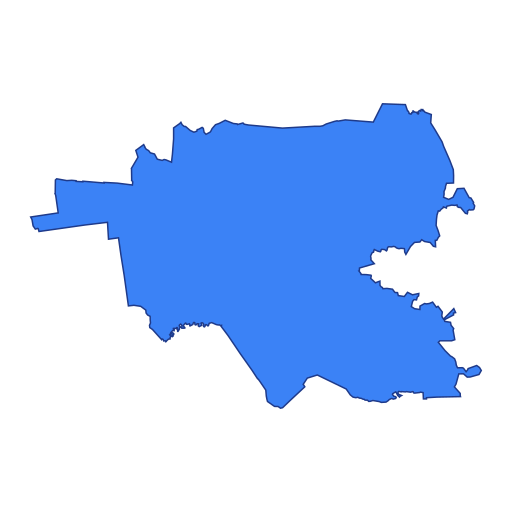 outline of Bikstu pag., Dobele, Latvia
{"feature_id": "27541924B53901275310050", "entity_name": "Bikstu pag.", "entity_type": "district", "adm_level": 2, "iso_a3": "LVA", "parent_name": "Latvia", "parent_adm1": "Dobele", "projection": "albers", "projection_center": [22.941, 56.67], "detail": "fine", "context": "isolated", "style": "filled", "palette": "blue", "viewbox_px": 512, "rotation_deg": 0, "n_neighbors": 0, "source": "geoboundaries", "source_scale": "gbopen_adm2", "svg_char_len": 6088}
<svg xmlns="http://www.w3.org/2000/svg" viewBox="0 0 512 512"><path d="M104.1,183.0L82.9,181.2L82.9,181.8L76.1,181.4L76.1,180.7L71.8,180.3L66.8,180.6L56.7,178.8L55.4,180.0L55.2,193.4L55.0,193.5L55.7,195.4L58.2,212.9L30.7,217.0L32.0,219.6L33.1,225.9L35.3,229.1L37.8,228.4L38.2,228.6L39.0,231.5L84.9,225.0L107.5,222.3L108.5,239.2L118.5,237.8L120.9,254.8L124.2,275.5L128.4,305.9L133.9,305.3L140.7,306.3L145.8,310.1L146.1,313.0L147.6,315.0L150.1,316.3L150.2,317.3L150.2,319.8L150.5,323.0L149.5,325.3L149.8,327.6L152.5,329.5L161.6,339.6L161.8,339.0L162.4,339.0L163.2,339.5L163.8,341.0L165.1,340.7L165.7,341.1L165.7,341.7L166.1,341.6L166.8,340.6L168.4,339.2L170.1,338.9L170.0,338.0L170.6,336.5L171.5,336.1L172.2,336.7L173.0,336.2L173.1,335.3L172.0,334.8L173.4,334.9L173.7,334.6L173.7,333.5L172.3,332.6L170.9,334.2L170.6,335.2L170.0,335.2L169.7,334.8L170.1,334.5L170.9,332.5L172.4,330.8L173.1,330.5L174.1,330.7L174.2,329.6L173.4,329.1L173.3,328.8L173.4,328.4L175.6,328.3L176.3,328.8L176.8,328.0L176.8,327.6L177.2,327.6L177.6,329.4L177.7,330.3L177.5,330.9L177.7,331.4L178.0,331.4L179.4,329.2L179.4,328.0L180.5,327.2L180.2,326.6L179.3,326.1L179.2,325.6L179.4,325.1L180.5,324.1L181.3,324.5L181.9,325.7L181.9,326.5L181.5,327.5L181.8,328.2L184.2,328.2L184.9,327.9L184.7,327.4L183.8,326.5L183.4,325.3L185.4,323.1L185.9,323.2L186.4,324.3L187.8,324.3L189.4,323.7L189.8,324.5L189.8,325.8L190.2,325.9L192.8,324.5L193.0,324.1L193.2,323.1L194.0,322.4L194.8,322.8L194.9,324.3L195.3,324.9L196.0,324.9L197.2,323.7L198.6,323.8L198.2,325.2L198.3,325.9L199.2,326.6L201.6,325.4L201.7,324.6L201.0,323.2L201.9,322.7L202.8,323.0L203.6,324.0L203.8,324.5L203.4,325.3L203.5,326.2L204.2,326.9L204.8,326.6L205.5,325.0L205.9,324.6L206.6,324.7L207.5,325.7L208.0,325.9L208.5,325.5L209.2,323.3L211.7,322.6L216.3,324.6L218.3,325.0L219.6,324.9L220.6,325.8L221.5,325.4L221.4,326.7L228.0,335.5L240.3,353.7L252.1,370.4L257.6,378.8L258.2,379.1L259.6,381.0L265.8,390.1L266.3,396.1L266.9,399.2L267.5,401.5L274.5,406.4L278.1,406.5L280.5,408.2L282.6,407.7L289.9,400.7L304.8,386.8L303.2,384.3L307.3,378.1L317.3,375.0L346.2,389.0L350.3,394.9L353.0,397.1L355.8,397.7L357.8,397.3L359.4,398.1L361.2,398.3L363.0,399.2L364.2,399.3L365.0,400.1L367.5,400.2L368.7,401.4L370.2,401.3L372.9,400.5L379.3,401.6L381.3,402.4L386.0,402.1L388.0,400.8L389.2,399.6L391.0,398.7L391.9,398.5L393.2,399.1L395.6,398.5L396.2,397.7L395.9,396.9L394.9,396.4L393.9,396.3L392.5,394.5L392.7,393.7L395.6,391.9L395.9,392.0L397.7,395.4L399.5,397.1L400.1,396.3L401.6,395.5L399.1,394.5L398.3,393.9L398.0,393.0L398.2,391.9L398.8,391.4L401.2,391.9L401.5,391.6L405.5,391.9L406.4,391.6L410.6,392.2L412.7,391.6L413.1,391.7L413.7,392.9L414.6,393.1L419.8,392.5L420.4,392.1L423.1,392.6L423.4,398.9L426.5,398.9L426.5,397.7L436.7,397.1L460.5,396.6L460.3,395.9L460.2,393.4L454.4,386.9L456.0,384.1L458.8,373.9L463.5,373.8L467.2,377.1L470.2,377.0L479.0,374.5L481.3,370.5L479.5,367.5L476.7,365.5L468.1,368.6L467.7,369.7L466.1,371.7L463.5,368.2L462.3,367.7L457.5,367.8L456.3,365.1L455.8,362.0L454.6,358.8L451.7,356.6L450.5,356.1L445.0,350.6L438.3,342.3L439.9,340.8L451.6,340.8L454.8,339.7L453.1,330.1L453.7,328.6L451.1,325.3L450.5,322.3L444.8,321.4L444.3,319.8L453.6,314.9L453.4,313.1L455.6,312.6L453.8,308.6L443.5,319.1L442.3,317.3L441.8,315.9L442.3,312.0L438.0,306.3L436.4,307.3L432.6,302.1L429.3,303.5L426.4,303.9L424.6,303.5L420.0,306.1L419.9,309.5L414.6,308.7L411.3,306.6L412.6,301.3L414.0,299.6L416.5,299.9L417.3,297.0L418.6,295.9L418.8,293.5L412.5,294.8L407.5,292.3L404.3,296.5L398.3,295.6L397.5,292.6L395.1,292.5L394.4,291.8L392.5,289.2L386.9,288.4L382.9,288.7L382.4,287.5L381.2,286.9L380.0,285.4L379.9,281.1L375.4,282.8L370.7,278.4L371.3,275.9L371.0,275.2L366.1,274.6L361.1,274.5L361.0,273.7L359.1,271.2L359.3,271.2L359.5,268.0L374.3,263.7L370.8,259.8L371.0,259.2L370.9,257.6L370.6,256.7L370.8,255.5L372.0,253.0L372.5,252.5L373.5,252.2L374.0,250.1L374.3,249.5L377.6,251.1L380.3,251.8L380.9,251.0L381.0,250.0L381.8,249.3L384.6,249.6L386.4,250.9L386.9,250.4L387.7,247.4L388.7,246.7L391.4,246.9L393.7,246.4L395.4,246.9L396.4,247.9L398.1,248.5L399.1,248.7L400.9,248.3L404.3,248.6L404.5,249.0L404.7,252.0L405.9,254.4L410.5,246.5L414.5,242.4L419.9,242.0L421.7,239.7L424.5,241.5L430.2,242.5L433.4,246.3L435.6,246.8L435.3,240.4L436.8,240.3L438.3,237.4L439.7,235.9L438.2,231.0L436.1,225.4L436.5,219.0L437.0,215.0L438.3,210.9L439.7,211.1L441.1,209.3L443.1,207.8L443.4,206.9L446.4,208.0L446.7,206.4L446.9,206.2L451.7,205.1L454.8,205.4L456.9,205.0L457.2,205.1L457.2,206.3L457.4,206.7L458.8,207.4L460.6,207.5L465.4,213.3L467.3,213.8L467.7,212.1L467.4,211.1L469.4,209.6L470.1,210.0L473.2,209.8L474.0,209.0L474.7,205.9L473.2,203.3L473.6,202.4L470.9,198.0L469.2,197.7L464.0,188.3L457.3,188.7L453.0,197.3L448.7,199.4L443.6,197.3L444.1,194.1L444.0,191.6L445.4,188.2L445.5,186.5L446.5,183.3L453.5,183.0L453.6,175.6L453.3,169.6L449.8,160.4L443.7,146.5L442.1,141.9L435.2,130.1L430.7,122.9L431.3,114.5L425.0,112.2L423.7,110.7L423.2,110.9L422.7,110.6L422.8,109.6L421.1,109.5L420.7,111.1L419.6,110.5L418.7,111.2L418.0,111.9L418.7,112.9L418.6,113.6L418.2,114.0L417.5,113.7L416.5,112.3L414.7,112.1L413.1,110.9L412.8,111.1L413.1,111.9L413.0,112.3L412.6,112.7L411.8,112.6L411.3,113.4L411.3,113.9L410.7,114.1L409.1,113.5L409.2,113.2L408.3,111.2L407.5,110.8L405.4,104.6L382.5,103.8L373.3,122.1L345.3,119.9L338.1,121.1L337.1,120.8L334.4,121.4L326.2,124.0L322.8,125.8L320.0,126.3L314.3,126.3L282.5,128.1L248.4,125.0L244.1,124.2L243.5,123.3L242.9,123.0L237.5,124.5L237.2,123.9L233.4,123.5L225.2,120.3L219.2,123.4L215.5,124.7L212.1,128.6L210.8,131.2L210.0,132.2L206.0,134.3L204.1,132.3L203.3,128.3L202.1,127.4L198.6,129.3L197.2,129.6L196.8,131.2L193.9,132.2L190.1,130.4L185.6,126.5L184.1,126.4L182.1,124.7L180.9,122.3L179.8,123.5L173.6,127.9L173.6,139.0L172.4,154.4L171.5,162.2L166.0,159.9L164.1,159.5L162.2,160.4L157.3,159.2L154.5,154.0L150.3,152.8L148.6,150.6L146.3,149.3L144.7,147.1L144.9,146.9L143.7,144.6L135.8,150.4L138.0,157.2L131.4,168.4L131.5,168.5L131.7,179.9L131.6,180.4L132.6,181.5L132.7,182.5L132.4,185.0L117.1,183.1L104.0,182.4L104.1,183.0Z" fill="#3b82f6" stroke="#1e3a8a" stroke-width="1.5"/></svg>